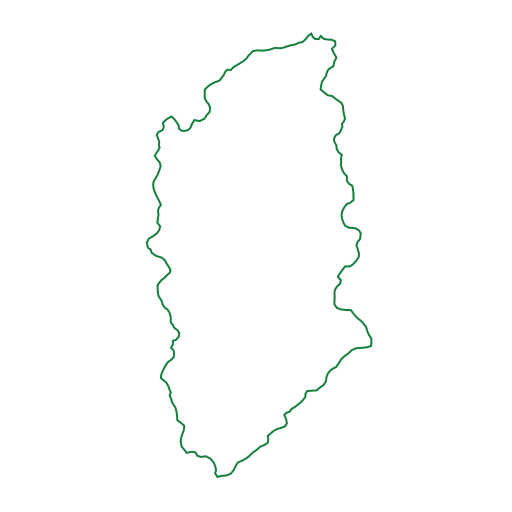 Candeias, Minas Gerais, Brazil, rotated 265°
{"feature_id": "56859067B9818430918024", "entity_name": "Candeias", "entity_type": "district", "adm_level": 2, "iso_a3": "BRA", "parent_name": "Brazil", "parent_adm1": "Minas Gerais", "projection": "robinson", "projection_center": [-45.275, -20.749], "detail": "fine", "context": "isolated", "style": "outline", "palette": "green", "viewbox_px": 512, "rotation_deg": 265, "n_neighbors": 0, "source": "geoboundaries", "source_scale": "gbopen_adm2", "svg_char_len": 4066}
<svg xmlns="http://www.w3.org/2000/svg" viewBox="0 0 512 512"><g transform="rotate(265 256 256)"><path d="M278.6,148.3L273.6,149.1L271.7,151.5L268.0,152.5L264.6,156.9L262.5,162.2L259.4,165.0L256.2,166.3L252.8,168.2L249.5,169.6L246.7,168.6L244.9,165.8L242.2,162.9L240.2,159.6L237.8,157.4L235.5,155.4L231.9,155.2L227.5,155.0L223.9,155.7L220.0,157.9L215.4,158.9L212.6,160.6L210.3,163.2L207.2,164.9L202.4,165.7L197.1,165.3L194.7,167.1L191.6,168.3L188.9,171.3L185.9,172.9L182.2,172.0L179.5,169.0L178.6,165.7L175.5,165.6L171.8,163.4L169.0,165.8L165.8,165.8L162.6,165.3L160.1,162.7L158.4,159.6L156.0,157.2L152.1,154.6L149.0,152.7L146.0,151.2L142.6,150.7L140.2,153.1L137.6,155.7L134.3,157.2L130.8,158.1L127.4,159.3L124.6,157.8L121.3,159.0L118.5,159.4L115.7,160.5L111.9,162.5L107.5,163.3L103.3,163.4L99.3,163.3L96.5,166.5L93.1,169.8L88.4,168.8L83.8,166.5L79.4,165.0L76.5,164.9L72.6,165.3L68.9,167.9L65.9,169.8L66.6,174.8L65.7,178.5L62.0,180.3L60.6,183.8L60.9,188.6L58.0,193.0L53.8,195.9L49.8,197.1L46.1,197.6L43.3,196.3L39.3,198.3L40.0,202.8L39.9,207.1L41.3,211.9L44.7,215.2L48.8,217.6L51.9,219.9L53.3,224.3L55.0,228.0L56.8,231.3L59.2,233.9L60.9,236.4L62.9,239.9L65.5,243.3L67.0,247.8L68.7,251.2L72.5,252.3L75.7,252.0L77.7,254.8L80.1,258.1L81.7,261.7L82.6,265.8L83.6,269.9L86.6,272.2L90.8,271.8L95.2,270.3L97.2,272.7L98.0,276.0L100.6,278.0L102.0,281.3L103.9,284.2L106.4,287.9L108.8,290.6L111.4,293.0L114.3,293.2L117.0,295.2L117.0,299.7L116.8,304.5L119.3,308.1L121.5,312.0L124.9,314.7L128.7,315.5L132.4,317.2L135.3,319.9L137.1,322.7L138.3,326.0L141.9,329.1L146.0,332.1L148.9,336.1L151.1,339.8L154.0,343.3L155.4,348.0L155.3,353.5L155.4,358.4L156.3,362.8L159.9,363.4L163.6,363.7L167.7,361.6L171.5,360.3L175.7,359.5L180.0,356.7L182.9,354.2L185.1,351.8L187.4,350.0L190.1,348.1L193.9,345.7L194.5,340.0L195.4,336.0L197.2,332.0L201.0,329.9L204.8,330.3L208.3,330.8L212.8,331.0L215.4,331.7L218.5,334.0L221.1,337.5L224.6,338.4L228.2,335.7L231.8,338.4L234.5,340.8L237.9,343.9L237.4,348.5L239.4,352.1L242.7,355.6L246.1,358.3L249.5,358.8L253.2,358.1L257.7,357.0L260.9,358.2L263.8,361.1L266.5,361.7L269.3,362.3L272.3,361.0L274.6,358.2L275.5,355.2L276.0,351.3L278.2,347.5L281.4,346.1L285.8,344.9L289.9,344.9L292.8,345.7L296.7,348.1L299.8,350.9L300.7,354.2L303.3,358.1L307.1,358.3L310.3,358.6L314.3,358.4L317.7,358.0L319.6,355.2L322.9,353.0L327.4,353.6L330.8,350.9L335.6,349.0L339.6,348.5L342.4,349.1L345.3,349.0L349.3,350.3L352.4,347.1L355.8,345.7L359.2,345.7L362.3,344.2L365.9,343.7L369.5,346.1L371.0,349.7L374.0,351.6L377.1,353.3L380.2,353.1L382.3,355.2L385.1,356.7L389.8,355.9L394.6,355.6L397.6,355.7L401.1,354.4L404.8,349.9L408.8,345.7L409.8,341.6L412.5,338.6L416.2,334.9L420.4,335.8L423.9,337.0L427.2,339.7L429.5,341.6L432.3,342.4L435.4,344.2L437.0,346.9L438.4,349.7L442.4,350.7L446.6,353.4L449.6,352.1L452.3,350.7L455.8,349.7L458.8,353.4L463.0,353.6L464.9,350.0L465.3,346.8L466.4,342.4L469.5,339.7L466.6,337.4L467.1,333.7L469.2,331.7L472.7,330.5L471.0,327.5L467.7,324.4L465.1,321.2L464.7,317.1L463.3,313.6L463.0,309.6L462.2,305.7L461.2,301.7L460.8,298.5L461.7,293.0L460.4,287.8L460.0,283.5L460.0,279.9L460.8,275.2L460.3,270.6L457.9,267.9L455.9,265.6L453.5,263.6L451.3,260.5L449.3,256.7L447.5,253.0L445.9,249.7L443.5,247.3L444.1,243.7L442.2,241.4L438.9,239.5L436.7,237.5L433.9,234.9L432.2,228.7L430.2,224.7L428.6,222.2L426.3,219.6L421.5,218.9L417.1,218.8L414.0,220.3L411.7,221.9L408.1,223.2L403.6,222.4L400.8,219.3L397.2,216.5L395.3,211.7L396.8,206.4L392.9,203.6L389.5,201.9L387.4,199.4L386.8,196.3L387.1,193.0L389.5,190.4L393.2,190.2L396.2,188.5L399.1,186.8L402.3,184.0L400.2,179.2L396.9,174.9L392.6,175.4L389.4,173.7L388.2,169.8L385.3,167.7L381.9,168.6L378.2,169.6L375.1,168.9L372.3,169.4L369.7,167.7L367.2,165.7L364.7,163.9L361.4,165.5L357.6,168.2L353.9,168.9L350.7,167.5L345.9,165.3L342.9,163.3L339.3,160.6L336.3,159.8L332.5,159.8L329.0,160.6L325.7,161.7L321.6,163.3L318.0,164.8L315.2,165.7L312.5,163.4L309.1,162.2L306.1,162.5L302.5,161.7L297.9,160.6L293.9,163.1L290.3,161.9L287.3,159.4L284.9,155.5L282.6,150.7L278.6,148.3Z" fill="none" stroke="#15803d" stroke-width="2"/></g></svg>